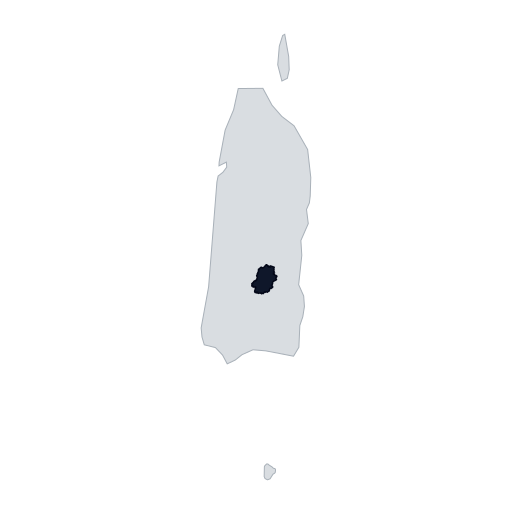 Adjuntas, Puerto Rico (highlighted), rotated 273°
{"feature_id": "32010507B57249745430969", "entity_name": "Adjuntas", "entity_type": "district", "adm_level": 2, "iso_a3": "PRI", "parent_name": "Puerto Rico", "parent_adm1": "", "projection": "orthographic", "projection_center": [-66.756, 18.181], "detail": "fine", "context": "in_parent", "style": "filled", "palette": "ink", "viewbox_px": 512, "rotation_deg": 273, "n_neighbors": 0, "source": "geoboundaries", "source_scale": "gbopen_adm2", "svg_char_len": 3900}
<svg xmlns="http://www.w3.org/2000/svg" viewBox="0 0 512 512"><g transform="rotate(273 256 256)"><path d="M337.9,218.6L343.2,222.1L348.2,221.5L344.1,214.3L347.9,214.3L380.1,218.6L400.9,226.0L422.3,229.5L423.8,254.1L407.4,264.1L396.7,274.5L388.0,287.2L365.0,302.0L337.2,306.6L318.7,307.0L311.8,306.5L305.1,304.0L291.1,306.5L273.8,300.0L259.0,301.7L229.6,300.1L218.6,305.7L208.1,307.0L197.7,305.9L188.9,303.4L167.1,303.6L157.9,298.7L161.8,270.6L162.2,257.9L156.8,247.3L151.0,240.7L146.8,232.9L155.3,227.8L162.4,220.3L164.6,209.0L172.3,206.3L181.3,205.0L222.8,210.3L328.0,213.1L333.9,214.0L337.9,218.6ZM456.9,278.2L443.7,279.4L435.1,278.0L432.1,272.7L448.1,267.7L466.8,268.3L477.6,271.1L478.9,273.1L456.9,278.2ZM43.9,286.6L42.4,286.7L40.8,286.5L40.1,286.0L39.0,284.4L34.2,281.7L33.1,279.2L34.2,276.7L36.2,275.7L45.9,275.4L46.9,275.7L48.9,277.5L48.9,278.8L47.9,280.0L46.2,283.1L45.5,283.8L44.9,284.6L44.7,286.0L43.9,286.6Z" fill="#d9dde1" stroke="#a8b0b8" stroke-width="1"/><path d="M222.1,256.9L221.6,256.7L221.1,256.5L220.6,256.5L220.1,256.6L219.5,257.1L219.4,257.3L219.5,257.6L219.8,257.8L220.0,258.1L220.0,258.7L219.8,258.5L219.4,258.5L219.2,258.6L219.1,259.0L219.3,259.3L219.2,259.6L219.4,259.6L219.0,260.5L218.9,260.6L219.1,260.9L219.2,261.7L219.2,261.9L219.1,262.5L219.5,263.0L219.3,263.3L218.7,263.5L218.9,263.9L219.0,264.5L218.9,264.8L219.2,265.0L219.1,265.3L219.4,265.4L219.6,265.8L220.2,266.0L220.4,266.1L220.4,266.4L220.3,266.8L220.8,266.9L220.7,267.2L220.4,267.2L220.4,267.3L220.5,267.7L220.9,268.0L220.9,268.4L220.6,268.9L220.5,269.3L220.8,269.5L221.2,270.0L221.4,270.6L221.9,271.0L222.1,271.0L222.7,271.2L222.9,271.2L223.5,271.3L223.8,271.4L224.3,271.5L224.4,271.9L224.4,272.8L224.6,272.9L224.8,273.2L225.0,273.2L225.4,274.1L225.9,273.9L226.1,274.1L226.3,273.8L226.8,273.9L227.2,273.5L227.6,273.1L228.0,273.5L229.1,274.0L229.4,274.0L229.8,274.0L230.2,273.8L230.6,273.8L230.7,274.0L231.2,274.3L231.5,274.7L231.9,274.9L231.9,275.1L232.3,275.5L232.2,275.8L232.6,276.4L232.9,277.0L233.5,277.6L233.8,277.4L234.0,277.2L234.4,277.2L234.5,277.0L235.2,276.9L235.4,277.2L235.7,277.3L236.5,277.9L237.2,277.7L237.3,277.3L237.6,277.0L237.5,276.6L237.6,276.1L238.1,275.8L238.2,275.5L238.5,275.4L238.9,275.0L239.0,274.7L238.9,274.4L239.6,274.3L239.7,274.7L239.9,274.8L240.1,275.1L240.3,274.8L241.0,274.7L241.4,274.9L241.8,274.5L242.1,274.6L242.8,274.6L243.4,274.7L243.6,274.5L244.2,274.3L244.5,274.4L245.0,274.7L245.3,274.7L245.7,274.7L245.8,274.2L246.1,273.7L246.2,273.1L246.3,272.9L246.6,272.0L246.5,271.9L246.4,271.5L246.8,271.0L246.8,270.6L246.6,270.5L246.0,271.0L245.7,271.0L245.8,270.5L245.9,270.4L245.9,270.1L245.7,269.9L245.7,269.3L246.4,268.9L246.8,268.7L246.9,268.3L246.6,268.1L246.8,268.0L247.0,268.0L247.3,267.9L247.4,267.4L247.8,267.1L247.8,266.6L247.4,266.4L247.3,266.5L246.8,265.9L246.6,265.7L246.4,265.4L245.9,265.3L245.5,264.8L245.2,264.7L244.9,264.3L244.9,264.0L244.4,263.3L244.4,262.8L244.8,262.5L245.0,262.2L245.0,261.8L245.0,261.6L244.1,260.6L243.8,260.4L243.2,260.1L243.1,259.4L242.9,259.2L242.5,259.5L241.8,259.4L241.7,259.2L240.5,259.3L240.2,259.0L239.6,258.7L239.2,258.7L238.7,258.6L238.5,258.3L238.0,258.5L237.7,258.5L237.3,258.1L236.8,257.8L236.4,257.7L235.8,257.9L235.2,258.6L234.9,258.4L234.6,258.3L234.1,258.4L233.7,258.3L233.2,258.0L232.8,258.0L232.4,258.1L232.3,257.8L232.0,257.8L231.6,257.6L231.7,257.3L231.6,257.0L231.3,256.8L231.5,256.7L231.4,256.5L231.2,256.4L231.0,256.1L230.9,255.6L230.5,255.3L230.1,254.9L229.4,254.9L229.3,254.7L229.0,254.6L228.7,254.0L228.8,253.9L228.1,253.3L227.9,253.3L227.5,253.6L227.2,253.6L226.8,253.4L225.9,253.4L225.9,253.9L225.8,254.1L225.8,254.5L225.7,254.7L225.2,254.5L224.9,254.7L224.9,255.1L225.1,255.1L224.9,255.5L225.1,255.6L224.9,255.9L225.0,256.2L225.2,256.9L224.9,257.3L224.4,257.4L223.8,257.2L223.6,257.2L223.3,257.0L223.1,257.1L222.8,257.0L222.5,256.9L222.1,256.9Z" fill="#0f172a" stroke="#020617" stroke-width="1.5"/></g></svg>